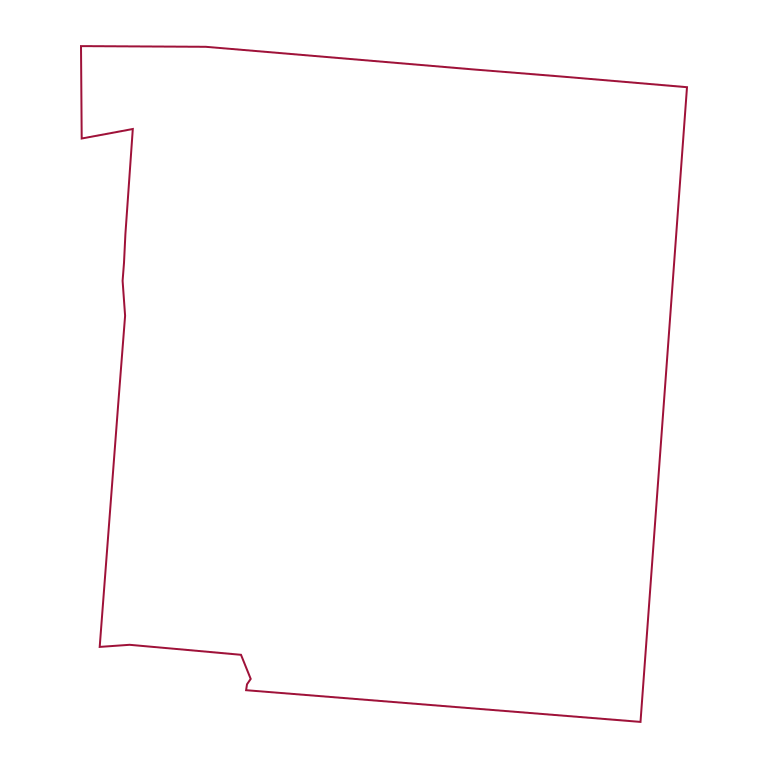 outline of Warren, Ohio, United States of America
{"feature_id": "52423323B78802175284896", "entity_name": "Warren", "entity_type": "district", "adm_level": 2, "iso_a3": "USA", "parent_name": "United States of America", "parent_adm1": "Ohio", "projection": "mercator", "projection_center": [-84.252, 39.422], "detail": "fine", "context": "isolated", "style": "outline", "palette": "rose", "viewbox_px": 768, "rotation_deg": 0, "n_neighbors": 0, "source": "geoboundaries", "source_scale": "gbopen_adm2", "svg_char_len": 358}
<svg xmlns="http://www.w3.org/2000/svg" viewBox="0 0 768 768"><path d="M472.9,69.4L205.7,46.8L81.0,46.1L81.7,138.5L132.8,129.0L125.4,234.1L124.0,262.9L122.6,280.8L125.1,315.8L118.2,404.3L99.7,646.9L129.6,644.8L241.0,654.8L250.7,678.9L247.0,684.3L246.1,690.2L640.5,721.9L687.0,87.2L562.3,76.6L472.9,69.4Z" fill="none" stroke="#9f1239" stroke-width="2"/></svg>